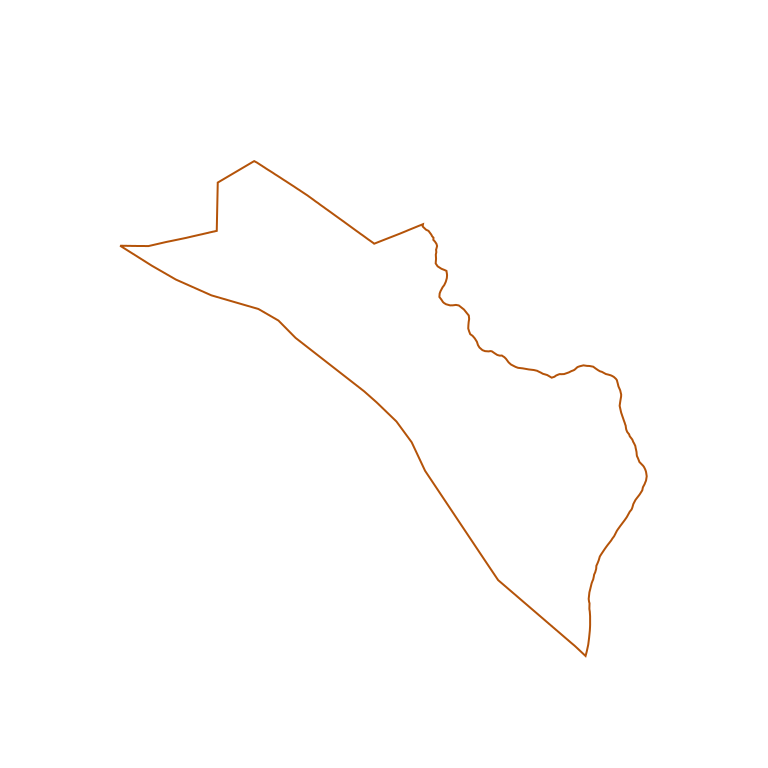 At Tina, Western Darfur, Sudan, rotated 115°
{"feature_id": "16777658B29691256653968", "entity_name": "At Tina", "entity_type": "district", "adm_level": 2, "iso_a3": "SDN", "parent_name": "Sudan", "parent_adm1": "Western Darfur", "projection": "orthographic", "projection_center": [23.027, 15.059], "detail": "fine", "context": "isolated", "style": "outline", "palette": "amber", "viewbox_px": 768, "rotation_deg": 115, "n_neighbors": 0, "source": "geoboundaries", "source_scale": "gbopen_adm2", "svg_char_len": 4283}
<svg xmlns="http://www.w3.org/2000/svg" viewBox="0 0 768 768"><g transform="rotate(115 384 384)"><path d="M370.2,681.6L374.9,644.5L377.3,616.8L376.6,577.9L369.1,529.5L371.1,506.5L379.6,483.6L399.0,399.0L403.7,383.1L412.7,356.9L425.1,334.3L445.3,310.1L476.6,258.6L500.1,219.9L513.5,197.7L525.1,156.3L539.4,105.3L540.6,100.8L545.3,86.4L543.0,86.8L541.3,87.1L540.3,87.3L534.1,88.7L532.5,89.2L527.5,90.8L520.6,93.2L517.1,94.6L515.2,95.4L507.3,99.1L503.3,101.3L501.1,102.8L495.8,105.1L495.1,105.8L493.8,106.7L492.2,107.7L490.7,108.2L486.0,109.8L482.8,110.4L476.9,111.6L475.6,111.7L474.2,111.8L472.8,111.8L470.1,112.4L468.0,113.0L465.4,113.0L461.8,113.6L459.0,114.7L456.3,114.7L453.0,114.9L449.1,115.5L446.0,115.1L444.1,114.8L440.8,114.3L438.5,113.9L435.5,113.3L429.9,112.0L427.5,111.7L424.7,111.1L418.7,110.9L416.7,110.6L415.2,110.3L413.0,109.9L407.4,108.7L405.5,108.3L402.0,107.7L400.5,107.6L395.9,107.3L393.1,106.6L391.1,106.7L387.4,107.3L382.8,107.1L380.0,106.5L379.2,106.3L376.0,105.6L371.2,105.0L368.2,105.7L364.5,105.5L363.5,105.6L360.8,105.7L356.6,106.9L353.9,108.7L352.9,109.4L352.1,110.1L351.1,111.1L350.6,111.7L349.4,113.2L348.6,114.6L348.0,116.2L346.7,119.6L345.9,120.4L343.9,122.5L342.4,124.3L341.2,125.1L338.9,126.4L336.5,128.2L335.9,128.7L333.9,130.1L332.1,132.3L331.2,133.6L329.4,135.5L327.5,139.2L325.9,140.7L325.8,141.1L324.6,143.4L322.9,145.2L321.9,145.9L320.9,146.6L319.7,147.3L318.2,148.8L317.7,149.2L315.6,151.3L313.8,153.0L312.6,154.2L310.9,155.8L310.0,156.7L308.9,157.6L306.3,159.6L304.2,161.2L301.3,162.1L298.9,162.8L296.7,163.4L295.2,163.8L293.3,164.6L292.3,165.4L290.0,167.2L288.9,168.4L287.2,170.4L285.2,172.0L284.1,172.9L283.9,173.1L282.8,174.0L282.0,174.7L281.3,176.0L280.5,178.5L280.3,180.3L280.3,182.2L280.7,184.7L281.1,186.7L281.2,187.1L280.9,191.6L281.2,193.6L281.0,195.8L280.5,198.8L279.9,201.7L280.8,205.3L281.8,207.7L282.8,211.1L285.3,214.2L286.9,215.8L290.7,217.4L291.9,218.4L293.1,219.6L295.4,221.4L298.9,225.0L300.3,227.7L300.3,227.8L300.9,229.1L302.0,230.2L302.4,230.5L302.5,230.7L304.0,231.9L305.3,232.5L307.4,234.7L306.9,239.9L307.6,244.4L307.4,246.6L307.4,249.4L307.3,250.7L308.0,254.1L309.6,258.9L311.2,264.9L312.7,269.4L312.9,272.0L312.7,277.1L312.3,278.4L311.7,280.3L310.7,282.1L309.6,284.1L308.8,286.3L308.7,287.4L308.4,289.2L309.4,291.2L309.8,293.6L309.4,296.6L308.8,300.1L309.2,301.5L310.2,302.9L311.5,306.3L311.7,309.1L310.6,312.9L309.0,315.3L306.5,317.6L304.3,321.0L302.9,324.1L302.4,326.9L300.4,329.0L298.1,331.1L295.2,332.3L291.9,333.5L289.1,334.3L286.1,336.1L284.8,338.8L282.7,343.0L281.2,349.4L281.9,352.2L283.5,354.7L284.8,357.3L285.5,361.5L285.2,363.9L284.8,365.2L283.3,367.6L281.7,370.6L280.1,371.2L278.5,371.8L276.1,372.0L274.2,371.9L271.6,371.8L268.9,371.2L265.2,371.2L261.5,371.8L258.8,372.8L257.3,373.7L255.1,375.2L255.1,377.3L255.3,380.6L254.7,385.1L252.9,388.1L250.8,388.9L248.6,389.7L244.9,391.7L242.4,392.3L240.2,393.6L239.7,393.6L236.5,394.2L234.8,395.7L233.4,398.0L232.5,400.2L230.5,401.0L229.8,402.8L228.6,404.3L226.4,408.4L226.4,411.1L224.9,415.5L223.5,416.0L222.7,416.2L224.1,417.5L226.3,419.6L228.8,421.9L234.4,427.1L236.2,428.7L241.5,433.6L241.9,434.0L243.9,435.9L248.4,440.2L248.6,440.4L252.9,444.5L261.0,452.2L260.8,452.8L260.6,453.9L259.7,458.8L259.7,459.0L258.2,466.5L257.8,469.0L257.6,469.8L256.9,473.6L255.8,479.2L254.1,487.9L254.0,488.3L252.9,494.3L252.7,495.2L252.6,495.8L251.9,499.5L250.9,504.6L249.6,511.7L249.4,512.5L248.5,517.5L247.9,520.2L247.4,523.3L247.0,525.1L245.9,530.8L245.5,532.8L245.3,534.0L245.2,534.8L244.3,540.9L244.0,542.5L243.8,544.3L242.9,550.1L242.8,550.9L242.4,553.8L241.9,557.3L241.7,558.6L241.4,561.1L240.8,565.1L240.2,569.5L240.0,571.3L239.6,573.7L239.1,577.6L238.9,579.4L238.4,583.1L238.3,583.4L238.0,585.9L237.9,586.2L237.7,587.9L237.7,588.0L237.6,588.7L237.4,590.0L237.3,590.8L237.0,592.8L236.9,595.9L271.7,619.8L315.9,600.3L316.2,600.7L316.8,601.5L317.2,601.9L317.2,602.0L317.5,602.4L317.6,602.5L318.2,603.3L318.3,603.5L318.7,603.9L318.8,604.1L319.1,604.5L320.5,606.3L320.8,606.7L321.2,607.1L321.4,607.4L321.8,607.9L322.0,608.2L322.8,609.2L323.8,610.5L325.4,612.5L325.6,612.8L326.6,614.1L328.0,615.9L328.7,616.8L331.5,620.4L335.2,625.1L344.0,636.9L347.4,641.5L358.5,655.7L364.3,668.4L369.8,680.7L370.1,681.3L370.2,681.6Z" fill="none" stroke="#b45309" stroke-width="2"/></g></svg>